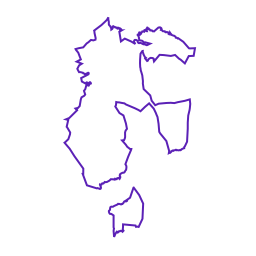 Heroica Ciudad de Huajuapan de León, Oaxaca, Mexico, rotated 183°
{"feature_id": "50627088B27284729610040", "entity_name": "Heroica Ciudad de Huajuapan de León", "entity_type": "district", "adm_level": 2, "iso_a3": "MEX", "parent_name": "Mexico", "parent_adm1": "Oaxaca", "projection": "orthographic", "projection_center": [-97.814, 17.883], "detail": "fine", "context": "isolated", "style": "outline", "palette": "violet", "viewbox_px": 256, "rotation_deg": 183, "n_neighbors": 0, "source": "geoboundaries", "source_scale": "gbopen_adm2", "svg_char_len": 5878}
<svg xmlns="http://www.w3.org/2000/svg" viewBox="0 0 256 256"><g transform="rotate(183 128 128)"><path d="M67.3,150.8L67.1,155.3L67.8,159.8L72.7,158.1L79.6,156.4L83.0,155.3L86.6,155.4L90.9,155.0L98.6,153.9L102.0,152.2L105.8,156.5L107.5,161.7L114.4,167.7L115.5,173.2L115.5,174.7L115.6,176.0L116.5,181.3L117.4,183.9L118.3,186.3L118.7,188.6L119.0,189.4L119.4,193.4L119.5,196.9L119.4,202.8L118.0,205.2L117.7,205.6L117.3,205.7L117.3,204.6L116.6,203.3L116.5,202.6L114.9,199.8L113.8,199.0L114.5,198.3L112.4,195.9L111.7,196.3L111.3,197.6L111.0,197.9L109.5,199.0L109.1,199.2L108.1,199.2L106.9,199.1L106.0,198.6L106.0,197.6L105.5,195.8L100.3,202.7L96.1,202.7L89.0,202.2L84.8,203.4L80.7,199.9L79.0,199.0L74.6,195.5L71.1,203.0L66.2,203.5L65.3,211.2L70.4,210.7L71.3,210.8L77.3,217.0L82.6,220.3L83.1,220.0L83.8,220.6L84.9,220.7L84.9,220.9L85.1,221.2L85.5,221.8L86.0,222.0L86.6,222.5L87.0,222.5L89.6,223.3L89.5,223.6L89.7,223.9L90.0,224.0L90.9,225.2L90.9,224.5L91.7,223.7L92.5,224.2L92.4,225.0L92.6,225.5L94.3,225.9L95.1,225.5L95.9,225.8L96.3,226.5L98.3,226.5L99.0,227.1L99.2,227.6L99.5,227.7L100.2,227.7L99.8,229.2L100.3,229.7L100.8,229.6L101.3,230.2L101.5,230.2L102.9,229.9L107.1,225.8L107.7,226.0L108.4,225.9L108.7,226.3L109.3,226.7L110.0,226.5L110.3,226.8L111.0,226.7L111.3,227.4L112.0,227.9L112.8,227.6L113.0,227.6L112.8,228.5L113.4,228.7L113.7,229.2L114.0,229.3L115.1,227.4L114.3,225.7L114.6,225.7L115.7,226.7L116.5,226.7L116.8,226.5L116.9,225.6L116.7,225.2L116.8,225.0L116.9,224.9L117.7,225.3L118.8,225.2L119.2,224.2L119.6,223.9L121.5,224.1L121.8,224.0L121.9,223.7L121.7,223.5L120.0,223.2L119.9,223.1L119.9,222.8L120.6,222.4L121.1,221.6L122.6,222.1L123.2,221.8L123.3,221.4L123.1,221.1L122.5,220.6L121.8,218.9L121.8,218.2L121.6,217.9L121.4,216.6L121.2,216.2L118.6,215.9L117.6,215.3L117.0,214.4L116.5,214.3L115.5,214.5L110.3,213.4L113.2,211.8L113.8,211.7L115.6,212.4L117.0,212.4L119.7,213.6L120.8,213.6L121.3,213.3L121.9,213.4L122.3,213.8L122.7,214.3L123.1,215.6L123.8,216.1L124.7,216.4L125.8,216.3L126.3,215.8L126.5,215.2L126.5,214.6L126.3,214.1L125.1,212.3L129.2,214.5L135.9,217.1L139.6,214.1L141.7,223.7L139.4,225.2L140.9,225.1L141.2,225.7L140.6,225.9L140.2,226.4L140.4,226.6L141.2,227.1L142.6,227.1L142.8,226.9L143.1,226.9L142.9,227.6L143.3,227.7L143.6,227.5L144.0,226.9L144.1,227.0L144.2,227.5L145.1,227.5L145.4,227.9L146.1,227.8L146.4,228.2L147.0,228.3L148.0,228.9L148.6,228.6L148.6,227.5L148.5,227.0L148.7,226.6L149.0,226.3L149.0,226.0L149.8,225.4L149.9,226.5L151.0,228.6L152.4,230.0L152.6,230.7L152.7,232.9L153.4,235.7L153.4,237.5L154.7,234.9L156.9,232.5L159.9,229.4L166.9,223.5L166.6,222.6L166.4,221.1L165.0,216.0L165.1,214.5L167.1,213.7L169.6,214.0L172.0,211.6L173.7,210.3L176.9,206.2L181.4,205.1L184.5,204.1L184.2,203.5L181.6,200.6L178.7,194.0L182.7,191.6L177.5,189.8L180.1,188.0L181.7,184.5L181.2,183.5L179.8,181.2L178.5,181.3L175.9,180.8L175.6,180.3L175.0,180.3L174.2,179.6L173.5,179.6L171.5,180.6L170.7,181.1L170.3,181.0L170.1,180.5L170.1,180.1L170.4,179.5L177.4,175.4L176.5,172.0L173.0,170.3L171.7,171.4L171.1,171.3L169.7,170.3L169.4,170.4L169.1,171.2L168.6,171.7L168.1,171.7L167.5,171.0L167.4,170.5L168.4,170.1L169.0,169.2L169.4,168.3L169.9,168.2L170.4,168.6L170.4,169.5L170.7,170.1L171.2,169.9L171.8,168.7L172.7,164.6L173.9,162.8L172.5,159.2L173.4,157.9L176.0,156.2L176.6,154.2L177.4,147.4L179.4,145.0L179.6,145.3L181.5,144.7L179.8,143.0L187.2,134.9L190.4,133.4L188.1,132.9L189.3,126.0L188.8,125.5L185.5,120.5L185.6,118.6L187.0,113.7L189.9,110.6L190.6,110.0L185.2,104.3L180.0,97.0L170.5,85.1L170.3,79.7L170.8,79.7L166.0,68.6L156.0,66.1L155.3,66.4L154.5,66.1L153.8,66.1L153.2,65.7L152.3,65.8L152.0,66.2L151.9,67.5L153.1,69.9L153.0,70.2L152.5,69.9L151.8,69.9L151.5,70.1L151.4,70.2L151.1,71.1L150.8,71.4L149.6,71.3L148.4,72.9L147.6,72.7L146.2,73.0L143.8,74.5L142.4,76.0L141.0,75.9L140.3,76.1L139.3,75.8L138.8,76.2L138.3,75.8L138.1,76.0L138.1,76.6L137.0,76.4L136.7,76.3L136.1,77.3L135.5,77.1L135.2,77.5L134.7,77.6L134.3,77.6L133.7,76.9L133.2,78.0L133.1,78.7L133.3,79.0L133.6,79.2L133.8,79.9L133.7,80.3L133.4,80.8L133.6,81.3L132.3,82.4L131.1,83.0L130.5,83.2L129.9,83.1L129.0,83.9L128.4,85.3L127.7,86.2L127.5,88.5L127.6,89.6L127.9,90.5L128.7,91.7L126.3,99.4L123.7,106.5L123.6,107.2L124.8,107.1L127.8,109.2L129.3,111.2L133.3,115.3L131.3,115.7L130.7,117.2L130.4,118.8L130.7,123.4L130.2,125.4L129.0,127.1L130.3,132.4L133.2,140.3L137.3,142.5L141.8,148.8L141.2,150.2L141.1,153.3L139.9,153.1L138.1,153.1L135.4,152.7L132.8,152.4L131.3,151.4L122.2,148.1L118.4,146.5L116.4,145.4L112.1,150.0L108.2,153.7L103.3,148.7L100.9,144.3L100.3,142.9L99.1,140.5L97.7,133.8L96.6,125.8L95.6,124.3L89.0,117.0L85.7,107.2L85.9,105.1L85.6,105.3L84.6,105.4L83.5,106.6L83.5,107.1L83.0,107.3L82.4,107.8L81.7,107.5L81.4,107.7L81.1,108.1L80.0,108.2L79.4,108.7L78.9,108.6L78.6,108.7L78.1,108.3L77.4,108.5L76.3,108.3L75.6,108.5L74.9,108.8L74.5,108.8L74.4,108.6L74.1,108.7L73.9,109.1L73.4,109.4L73.2,109.7L71.8,110.4L71.5,110.7L70.8,110.8L70.8,112.0L70.2,112.8L68.3,117.4L68.3,130.4L68.6,136.5L68.5,143.6L67.5,149.0L67.3,150.8ZM112.5,29.0L108.8,38.1L108.9,53.3L113.3,61.6L119.2,68.8L119.4,68.7L122.3,58.5L125.5,56.0L125.1,55.3L125.3,55.0L126.0,54.6L126.3,54.5L126.6,54.6L126.9,55.0L128.0,54.3L128.6,53.0L128.8,52.9L129.0,52.5L129.2,52.3L129.6,51.8L130.0,51.7L130.3,51.8L130.7,51.4L131.3,51.5L131.6,51.4L132.2,51.7L133.2,51.7L133.7,51.5L134.0,51.7L134.8,50.9L137.8,49.4L138.7,48.7L139.7,48.5L140.4,48.6L140.8,48.5L141.5,47.9L141.7,46.4L141.7,45.6L141.8,45.2L142.7,44.3L142.7,43.3L142.1,41.9L141.5,41.3L140.1,41.3L137.8,39.9L137.2,28.1L137.0,27.4L136.7,26.9L136.9,25.8L137.0,24.5L136.2,18.5L135.0,21.7L133.8,23.9L133.1,23.6L132.7,23.1L131.8,23.9L131.9,24.2L131.4,24.5L130.6,24.5L130.2,24.9L128.8,24.8L128.5,24.5L128.3,25.2L128.0,25.2L127.6,24.6L127.1,25.2L127.9,26.4L127.8,28.6L127.9,31.5L115.4,31.0L114.8,29.7L113.6,30.0L112.8,30.0L112.5,29.8L112.5,29.0Z" fill="none" stroke="#5b21b6" stroke-width="2"/></g></svg>